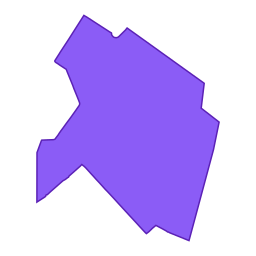 Port Fuad, Bur Sa`id, Egypt (orthographic projection)
{"feature_id": "37247803B75399963690534", "entity_name": "Port Fuad", "entity_type": "district", "adm_level": 2, "iso_a3": "EGY", "parent_name": "Egypt", "parent_adm1": "Bur Sa`id", "projection": "orthographic", "projection_center": [32.32, 31.235], "detail": "fine", "context": "isolated", "style": "filled", "palette": "violet", "viewbox_px": 256, "rotation_deg": 0, "n_neighbors": 0, "source": "geoboundaries", "source_scale": "gbopen_adm2", "svg_char_len": 1673}
<svg xmlns="http://www.w3.org/2000/svg" viewBox="0 0 256 256"><path d="M41.6,140.2L41.0,141.7L37.0,152.6L36.9,202.1L45.1,196.8L45.8,196.0L45.8,195.7L46.1,195.0L46.6,194.7L47.3,194.7L50.5,191.7L62.9,180.8L65.4,179.4L67.7,177.6L68.1,177.4L68.5,177.2L69.0,176.1L80.3,166.1L81.8,164.5L83.7,166.0L83.9,166.1L84.1,166.3L86.0,168.1L86.2,168.4L86.5,168.7L91.1,173.8L93.6,176.5L96.0,179.2L99.0,182.4L101.0,184.6L103.7,187.6L105.4,189.5L107.1,191.2L108.7,192.9L112.8,197.3L115.0,199.7L118.8,203.9L125.8,211.5L129.2,215.2L136.8,223.4L139.6,226.5L145.3,232.6L146.4,233.6L148.8,231.8L150.9,229.8L152.4,228.3L155.9,225.4L162.2,228.7L166.5,231.1L167.6,232.0L168.1,232.0L168.6,232.1L169.5,232.7L189.0,240.6L213.5,149.6L219.1,122.1L201.2,108.2L204.2,83.3L127.1,28.0L126.8,28.4L126.7,28.5L126.3,29.0L126.2,29.1L125.8,29.6L125.7,29.8L125.5,30.0L125.2,30.3L118.8,36.6L118.5,36.8L118.3,37.0L117.5,37.4L117.0,37.5L116.5,37.7L115.2,37.6L113.9,37.3L113.0,36.6L112.7,36.2L112.3,35.8L111.9,35.2L111.8,34.9L111.6,34.6L111.6,33.8L111.5,33.3L111.4,32.9L109.5,31.8L107.5,30.5L101.0,26.3L94.2,21.9L91.0,19.8L86.5,16.9L85.2,16.2L83.9,15.4L74.4,30.3L68.8,39.1L60.4,51.9L59.3,53.7L54.9,60.6L54.8,61.0L54.9,61.5L55.3,62.0L56.0,62.6L56.5,62.9L57.0,63.2L57.8,63.7L58.6,64.3L59.0,64.5L59.3,64.8L63.9,67.8L66.2,69.3L67.1,71.6L72.7,85.3L73.9,88.6L76.1,94.0L78.0,98.7L79.4,102.3L79.6,102.9L79.7,103.7L79.5,104.8L79.3,105.2L79.1,105.6L77.9,107.3L75.9,110.2L71.0,117.1L66.1,123.7L63.0,128.0L60.9,130.8L59.3,133.1L57.9,135.3L55.8,138.0L55.7,138.2L55.6,138.4L55.2,138.9L54.8,139.2L54.2,139.5L53.1,139.7L52.9,139.7L52.7,139.7L42.3,140.1L41.7,140.2L41.6,140.2Z" fill="#8b5cf6" stroke="#5b21b6" stroke-width="1.5"/></svg>